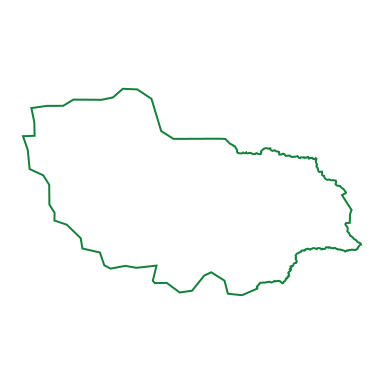 outline of Ak-Suu, Ysyk-Köl, Kyrgyzstan
{"feature_id": "92254566B94070763969745", "entity_name": "Ak-Suu", "entity_type": "district", "adm_level": 2, "iso_a3": "KGZ", "parent_name": "Kyrgyzstan", "parent_adm1": "Ysyk-Köl", "projection": "mercator", "projection_center": [79.882, 42.288], "detail": "fine", "context": "isolated", "style": "outline", "palette": "green", "viewbox_px": 384, "rotation_deg": 0, "n_neighbors": 0, "source": "geoboundaries", "source_scale": "gbopen_adm2", "svg_char_len": 6031}
<svg xmlns="http://www.w3.org/2000/svg" viewBox="0 0 384 384"><path d="M227.9,293.7L242.0,295.2L257.1,288.7L257.4,288.2L257.4,287.7L257.2,287.3L256.9,287.2L256.8,286.9L257.0,286.4L257.2,286.2L257.7,285.8L257.9,285.5L259.0,284.4L259.3,284.2L259.4,283.6L259.5,283.4L260.3,282.8L261.4,282.8L263.3,282.5L264.9,282.6L266.7,282.2L267.3,282.0L268.2,282.1L268.7,281.9L269.6,281.7L270.2,282.2L270.6,282.2L271.4,282.5L273.3,281.7L273.9,281.5L274.4,281.0L274.7,280.9L275.5,281.3L276.1,281.3L277.7,280.8L278.7,281.2L279.7,280.9L281.1,282.3L282.0,282.9L282.5,283.3L283.1,283.0L283.4,282.8L283.4,282.4L283.7,282.0L283.8,281.7L285.1,281.0L285.6,279.7L285.8,279.5L286.0,278.7L287.2,278.3L287.4,277.9L287.1,277.5L288.1,276.9L288.3,276.7L288.2,276.7L288.3,276.1L288.3,275.8L288.5,275.5L288.5,275.4L288.6,275.2L288.8,274.9L289.1,274.3L288.9,273.9L288.8,273.7L288.4,273.3L288.3,272.9L288.4,272.5L288.8,272.2L288.9,271.9L289.3,271.7L289.5,271.4L290.1,271.0L290.1,270.2L290.5,270.1L290.7,269.9L290.9,269.9L291.0,269.8L290.9,268.9L290.7,268.5L290.8,268.3L290.5,268.3L290.7,268.1L290.8,267.6L290.7,267.4L290.8,266.6L290.7,266.5L291.4,266.0L291.7,266.0L292.1,266.3L293.0,265.7L293.3,265.2L293.6,264.0L294.0,263.6L294.8,263.0L295.9,263.1L296.1,262.9L296.1,262.5L296.3,262.2L296.8,261.8L296.7,261.5L296.6,261.4L296.5,261.0L296.4,260.9L296.1,259.6L295.6,258.7L295.6,258.3L295.8,257.9L296.0,257.7L295.9,257.1L296.0,256.7L295.7,255.9L295.6,255.5L295.7,255.3L296.1,255.0L296.4,254.1L297.1,253.6L297.9,253.2L298.2,252.9L298.7,252.9L300.0,252.1L300.8,251.9L301.2,251.5L301.4,251.1L301.5,250.6L302.2,250.6L302.3,250.5L302.8,250.4L303.5,250.5L303.8,250.7L304.4,250.7L304.7,250.2L305.2,250.0L305.1,249.7L305.6,249.5L305.7,249.3L306.9,248.8L308.4,248.8L308.8,249.1L309.8,249.3L310.2,249.6L310.4,249.5L310.4,249.2L310.8,249.0L311.9,248.7L313.0,248.2L314.0,248.1L314.4,248.3L315.3,248.4L316.5,249.1L316.8,249.1L316.9,248.7L317.2,248.5L318.0,248.1L318.3,248.0L319.7,248.2L320.1,248.3L320.5,248.7L321.1,249.0L321.6,248.9L321.6,249.1L321.9,249.0L322.3,249.2L322.6,248.9L322.9,248.9L323.8,249.0L324.4,248.8L324.8,248.9L325.5,248.2L326.0,247.4L326.4,247.2L328.1,247.5L328.5,247.7L328.8,247.3L329.4,247.2L330.6,248.0L331.1,247.9L331.7,248.0L332.5,248.3L332.7,248.2L333.2,248.4L334.1,248.0L334.8,247.9L334.9,248.1L335.5,248.2L336.7,249.0L337.4,249.0L337.9,249.5L339.2,249.4L339.9,249.7L340.2,249.6L340.3,249.7L341.2,249.9L341.5,249.8L342.8,250.3L344.0,250.6L345.1,251.1L345.4,251.3L345.4,251.5L345.5,251.5L346.2,251.0L346.9,250.8L347.1,250.3L347.6,250.3L348.3,250.5L348.5,250.2L349.4,250.0L350.1,250.2L351.6,249.6L352.6,249.8L353.4,249.7L353.9,249.9L355.7,250.0L355.9,249.7L356.5,249.3L356.9,249.2L357.5,248.8L357.6,248.7L357.8,247.7L358.0,247.6L358.5,246.7L359.0,246.3L359.7,245.2L360.2,244.8L361.0,244.6L360.5,243.4L359.7,242.8L358.4,242.5L358.0,242.2L357.3,241.7L356.7,240.8L355.7,239.9L353.8,238.8L352.5,237.2L351.7,236.6L351.2,236.2L350.6,236.1L350.1,235.4L348.9,232.9L347.6,231.8L347.3,231.2L347.5,230.4L347.7,230.0L347.6,228.7L347.7,228.0L347.1,226.6L346.2,225.8L345.4,224.5L345.5,223.7L345.9,223.1L349.8,222.8L350.0,214.9L350.0,214.4L351.0,211.3L351.3,210.6L351.6,210.1L342.0,195.1L343.9,194.0L345.4,193.4L345.8,193.1L346.0,192.9L345.6,191.9L344.9,191.0L343.9,189.5L343.3,188.9L341.3,187.6L340.8,187.1L340.0,186.0L338.9,185.8L337.4,185.7L336.5,185.3L336.0,184.7L335.6,184.3L335.5,183.8L335.9,183.0L336.3,182.0L336.0,181.5L335.8,180.6L334.9,180.4L334.5,180.5L333.6,180.3L332.8,180.1L331.9,180.3L330.7,180.2L330.1,179.8L329.2,179.5L328.9,179.5L327.9,179.8L327.0,179.8L326.7,179.6L325.1,178.6L324.2,177.1L324.2,176.3L324.1,175.9L323.2,175.7L322.6,175.4L322.2,175.1L322.1,174.7L322.1,173.8L322.0,171.7L320.6,171.7L319.9,171.9L318.9,171.8L318.5,171.3L318.2,170.4L318.1,169.5L317.8,168.9L317.6,168.4L317.7,168.2L316.9,167.2L316.7,166.9L316.7,166.6L316.5,166.1L316.5,165.8L316.6,165.5L316.8,165.4L317.0,164.6L317.0,164.3L316.6,163.8L316.5,163.5L316.1,162.7L315.8,161.7L315.8,160.7L316.3,159.9L316.4,159.2L316.3,158.6L315.8,158.2L315.7,158.4L315.1,158.9L314.2,159.0L313.7,159.0L312.8,158.7L312.4,157.8L312.1,157.7L310.7,158.1L309.9,158.0L309.4,158.2L309.1,158.5L308.3,156.9L308.1,156.8L307.3,157.4L307.0,157.6L306.7,157.6L306.3,157.4L306.1,157.4L305.8,157.6L305.1,157.8L304.7,158.0L303.8,157.2L303.4,157.5L301.0,157.3L300.8,157.4L300.3,158.0L300.0,158.1L299.5,158.1L299.1,157.9L297.6,156.2L297.4,156.1L296.6,156.4L295.1,156.8L294.3,156.7L293.2,156.9L292.4,156.9L292.2,157.0L291.8,156.7L290.9,156.6L290.6,156.5L290.0,155.8L289.4,155.8L289.0,155.5L285.8,155.9L285.7,155.9L285.0,155.1L284.6,154.2L283.3,153.9L283.0,153.7L282.2,153.9L281.2,154.6L280.7,154.6L279.9,154.5L279.3,154.5L279.0,153.8L279.2,152.7L279.2,152.2L279.0,151.9L277.9,151.5L277.4,151.6L276.4,151.4L275.2,150.6L274.8,150.4L274.2,150.3L272.8,150.9L272.0,150.7L271.5,150.4L270.5,149.6L270.3,149.2L270.3,148.3L270.1,148.3L269.2,148.4L268.3,148.7L266.3,148.2L264.7,148.4L263.2,149.2L261.3,151.0L261.0,151.6L261.0,152.0L261.2,152.8L261.2,153.3L261.1,153.7L260.8,154.0L260.2,154.2L259.6,154.2L259.1,154.1L258.3,153.8L257.5,153.7L256.3,153.1L255.8,153.7L255.2,154.0L254.4,154.0L253.5,154.1L253.0,154.1L251.4,153.4L251.0,153.2L250.8,152.9L249.8,153.0L249.1,152.9L248.7,153.2L247.2,153.4L246.5,153.0L246.2,152.4L245.4,153.1L245.1,153.2L244.3,153.2L243.7,152.9L243.1,152.5L242.5,153.0L242.0,153.3L241.3,153.4L239.8,153.4L237.7,152.8L237.3,152.5L237.0,151.9L237.0,151.4L237.1,150.3L237.0,149.8L236.7,149.2L235.9,148.4L235.6,147.9L235.3,146.7L234.8,146.2L233.8,146.0L233.5,145.9L233.0,145.1L230.1,143.8L225.3,138.9L218.2,138.7L173.5,138.9L161.2,131.1L151.5,98.9L137.3,89.4L122.8,88.8L113.0,97.4L101.5,99.8L73.4,99.6L63.2,105.8L46.6,105.9L31.4,108.1L34.3,122.2L34.6,135.8L23.0,136.2L27.8,150.0L29.6,169.0L43.2,175.3L49.2,184.8L49.4,204.6L54.6,212.8L54.4,220.5L66.8,224.7L80.7,238.2L82.4,248.5L99.9,252.5L104.3,265.3L110.5,268.6L125.3,265.9L136.5,267.8L156.5,265.6L152.8,280.8L154.9,283.1L166.8,282.9L179.7,292.5L192.1,290.7L204.2,275.6L211.2,272.3L224.5,280.6L227.9,293.7Z" fill="none" stroke="#15803d" stroke-width="2"/></svg>